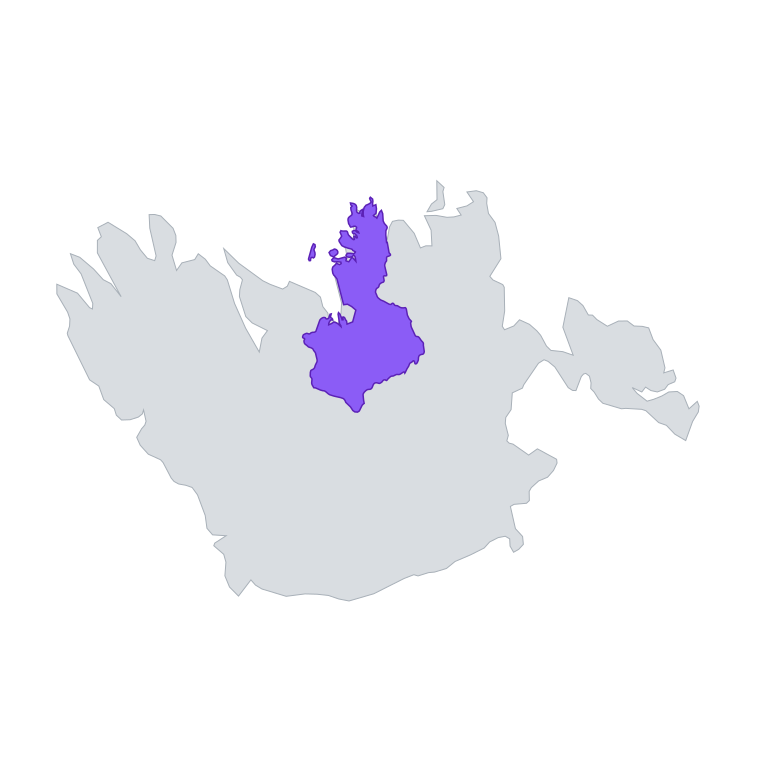 Ireland, with Galway highlighted, rotated 80°
{"feature_id": "IRL-713", "entity_name": "Galway", "entity_type": "County", "adm_level": 1, "iso_a3": "IRL", "parent_name": "Ireland", "parent_adm1": "", "projection": "albers", "projection_center": [-9.136, 53.343], "detail": "fine", "context": "in_parent", "style": "filled", "palette": "violet", "viewbox_px": 768, "rotation_deg": 80, "n_neighbors": 0, "source": "natural_earth", "source_scale": "10m", "svg_char_len": 9824}
<svg xmlns="http://www.w3.org/2000/svg" viewBox="0 0 768 768"><g transform="rotate(80 384 384)"><path d="M469.7,120.2L455.8,130.7L453.7,134.6L450.0,150.1L449.6,154.5L441.0,171.8L436.0,175.4L428.5,178.4L424.3,181.2L418.8,179.9L412.0,180.3L408.6,183.4L408.8,185.7L410.9,188.4L423.8,196.1L423.1,199.4L419.6,203.2L396.9,212.8L390.2,218.5L387.9,222.2L390.4,228.3L409.0,246.5L412.1,248.4L415.0,259.2L431.3,263.3L438.1,269.9L443.8,271.4L456.2,270.5L461.3,272.9L464.0,271.0L465.6,267.4L479.1,253.9L474.5,244.2L488.1,227.1L491.9,227.3L498.6,232.1L504.2,239.1L506.3,248.5L511.6,256.9L515.0,259.7L524.0,261.1L526.2,264.4L525.1,276.8L526.5,280.8L549.3,279.7L558.2,274.0L566.1,274.6L570.2,280.0L572.2,285.6L565.5,288.0L558.3,287.1L555.0,291.0L555.1,298.2L557.9,307.4L562.9,313.8L567.3,328.5L571.1,344.8L576.5,354.5L578.0,366.8L577.5,372.9L578.9,383.8L577.0,387.7L579.0,397.9L588.8,430.5L591.6,456.1L587.8,466.0L582.6,475.4L579.4,486.4L577.0,498.2L576.1,517.2L564.7,539.8L559.7,545.5L553.8,549.1L567.6,564.1L557.1,571.4L545.3,574.0L532.0,570.6L523.9,571.4L513.7,579.7L511.3,578.3L506.0,565.8L502.8,579.0L495.4,583.4L482.4,582.9L460.8,586.9L452.6,590.9L449.3,596.8L446.8,603.6L443.5,607.7L439.7,609.9L423.0,615.2L419.8,617.2L412.2,628.3L402.0,634.7L393.6,636.8L386.0,630.5L382.9,626.7L379.4,624.8L367.8,625.3L371.5,627.2L373.9,631.6L375.1,640.2L373.9,648.7L368.2,653.0L361.4,653.9L350.7,662.7L336.5,665.2L328.8,673.2L281.6,686.9L279.0,687.1L272.4,683.6L265.4,682.0L258.3,683.1L238.5,690.5L228.9,688.9L241.3,670.1L257.7,660.7L259.5,658.1L254.1,656.8L222.9,663.2L212.1,668.7L201.2,670.2L206.4,661.6L220.4,650.0L232.5,642.4L237.8,635.5L252.4,627.7L205.1,643.5L192.8,641.3L189.9,636.8L180.3,638.7L176.8,627.7L191.3,611.3L199.7,604.3L209.6,600.6L219.1,595.2L222.7,588.4L218.3,586.2L189.9,587.6L176.4,585.9L177.2,580.5L179.8,574.6L194.0,564.7L201.6,563.2L208.4,564.2L220.3,570.4L236.2,568.6L229.6,562.0L228.6,548.8L223.5,544.3L230.1,538.3L237.5,534.6L249.9,522.1L254.3,520.2L278.7,517.2L305.0,510.6L330.9,501.3L317.6,496.2L311.2,489.5L301.0,503.2L293.6,508.4L272.7,511.2L266.1,509.6L256.8,505.3L253.9,506.9L251.2,510.2L237.4,516.8L222.8,518.3L239.8,506.1L261.3,485.4L266.1,478.8L272.9,467.3L270.9,462.2L266.5,459.3L281.9,435.8L287.4,431.5L297.2,430.8L304.4,427.0L307.6,427.0L310.4,425.6L316.7,418.5L307.0,414.1L296.9,411.7L265.9,414.1L261.8,413.6L258.0,411.4L255.5,408.2L253.6,400.2L251.4,398.4L244.4,398.3L237.5,400.7L232.7,400.5L228.0,396.9L235.6,388.8L225.9,386.7L216.1,388.2L207.9,385.7L207.7,380.5L211.5,375.4L206.7,370.5L205.8,364.3L211.0,361.3L216.6,362.4L228.1,358.0L242.9,355.9L230.3,351.3L225.3,347.4L225.1,341.5L226.2,336.5L240.8,328.1L256.3,324.5L255.2,318.8L256.3,312.8L240.7,310.9L225.3,315.0L227.0,303.5L230.8,293.0L231.6,286.1L231.0,278.7L223.8,281.8L223.0,271.4L220.0,264.2L209.3,269.0L209.7,259.5L212.9,253.0L218.5,250.2L224.0,251.5L234.2,251.5L244.1,246.6L258.3,245.4L280.9,247.1L296.4,261.1L300.5,258.6L306.7,249.8L309.6,248.8L333.1,252.5L347.7,257.5L351.5,255.9L349.4,246.1L344.3,239.4L350.5,230.4L358.1,224.3L363.2,221.3L374.9,217.4L379.9,213.8L383.2,202.3L388.5,192.7L359.2,198.0L331.1,187.0L335.5,179.0L341.4,174.4L351.5,170.8L352.4,166.7L357.5,163.2L365.9,154.0L362.7,142.1L364.2,133.4L370.3,127.7L372.1,119.6L374.7,113.6L387.0,111.3L398.7,105.5L416.9,104.5L421.6,106.6L420.4,96.8L428.9,95.4L432.3,97.3L433.9,104.2L437.9,108.5L439.3,116.2L436.8,122.3L432.5,126.9L436.6,131.5L430.6,140.2L437.2,136.4L446.6,127.9L445.9,121.1L444.1,112.6L441.3,104.9L442.3,96.4L447.5,91.0L461.4,88.0L455.5,78.5L460.5,77.5L466.1,79.3L474.5,86.6L492.1,96.7L483.9,106.3L473.7,113.1L469.7,120.2ZM222.2,307.2L221.8,311.7L215.0,306.0L211.7,299.8L193.0,296.7L200.9,290.7L204.7,292.6L217.9,293.0L221.6,295.6L222.2,307.2Z" fill="#d9dde1" stroke="#a8b0b8" stroke-width="1"/><path d="M309.8,428.0L309.8,427.2L305.9,425.0L305.8,423.8L308.0,424.8L309.2,425.0L310.3,423.8L311.4,423.3L312.1,423.5L311.6,425.0L312.6,426.3L313.6,427.2L314.8,427.9L316.1,428.2L315.3,425.0L314.8,423.8L314.2,422.8L315.4,420.4L316.9,418.7L320.0,416.4L319.0,416.4L317.3,417.2L316.5,417.3L307.2,417.1L305.8,416.4L307.5,415.3L311.8,414.3L313.6,414.1L313.6,413.1L311.0,413.1L311.0,412.1L311.8,411.3L314.3,410.6L315.5,409.9L318.6,410.0L317.4,404.1L306.3,398.9L302.1,402.4L299.1,406.1L298.9,410.0L272.4,412.1L269.4,413.6L268.0,414.6L265.9,415.2L262.0,415.1L260.0,414.2L259.0,412.7L258.1,411.2L256.9,409.9L258.7,407.1L258.0,405.3L256.5,405.3L255.6,408.2L255.1,411.6L254.0,413.6L252.6,413.9L251.1,411.9L251.1,410.8L252.9,407.5L252.2,400.4L254.1,399.1L255.3,399.9L256.0,400.1L256.3,399.8L257.0,398.3L257.3,397.9L257.5,397.4L253.7,393.6L254.8,392.5L258.3,390.4L254.9,390.3L253.3,390.5L251.8,391.5L253.1,393.4L253.2,396.1L252.4,398.4L250.6,399.1L248.9,397.3L249.4,394.4L250.3,391.6L250.3,390.4L249.7,390.1L249.4,389.5L249.0,389.2L248.4,389.8L247.1,391.5L245.9,392.0L245.2,393.1L244.1,395.6L241.9,399.6L240.4,401.5L235.9,403.4L234.4,403.4L232.8,401.6L231.0,400.0L226.9,400.9L225.5,399.8L225.9,399.2L226.4,397.2L226.6,395.5L226.9,394.3L227.6,393.7L228.4,393.5L229.7,393.4L231.2,393.0L235.1,390.4L236.5,389.1L236.5,388.1L233.3,388.1L233.3,386.9L235.3,386.0L235.3,384.9L233.9,384.9L232.8,385.3L230.7,386.9L230.8,388.0L229.5,388.8L228.1,388.7L227.6,386.9L228.1,385.5L229.9,384.2L230.8,382.6L229.6,382.8L228.8,383.6L228.2,384.4L227.3,384.8L226.4,384.5L225.6,383.9L224.8,383.8L223.7,384.8L223.4,386.3L223.7,388.1L223.7,389.6L222.7,390.1L221.6,390.3L220.0,391.0L216.3,391.0L215.1,390.7L214.0,390.0L213.1,388.7L212.5,387.3L211.8,386.2L210.5,385.7L206.8,386.3L204.5,386.1L203.2,384.5L202.4,385.2L201.7,385.6L199.9,385.6L200.8,383.0L201.8,381.4L203.2,380.4L205.2,380.2L208.7,381.0L210.2,380.8L211.6,379.3L211.6,378.1L210.5,378.0L209.6,377.4L208.9,376.3L208.4,374.9L210.5,375.3L212.8,376.3L214.6,376.7L215.5,375.0L213.6,375.1L210.1,374.4L206.6,372.8L204.7,370.5L204.6,369.5L204.1,367.7L203.3,365.8L202.5,365.0L199.7,365.8L198.6,365.9L197.7,365.0L199.9,363.1L202.1,363.2L204.3,363.9L206.7,364.1L206.5,363.4L206.2,361.6L206.0,360.9L210.2,361.0L214.3,362.2L214.9,362.8L216.2,365.2L217.1,364.8L218.4,362.9L219.4,362.2L213.8,358.3L212.5,356.4L216.0,355.7L223.3,356.5L225.9,355.8L229.2,353.8L230.4,353.7L231.4,354.1L233.3,355.5L237.8,356.4L245.1,356.9L245.1,356.2L255.3,356.2L256.1,356.0L256.9,355.4L257.5,355.2L258.1,355.2L258.6,355.9L258.8,356.6L259.1,358.6L259.3,359.0L259.7,359.4L260.2,359.6L262.8,360.0L263.2,360.1L263.7,360.6L264.7,361.6L266.7,362.6L267.8,362.8L276.7,362.3L277.7,362.6L277.8,363.1L277.8,363.7L277.5,364.8L277.6,365.3L277.8,365.7L278.6,365.9L282.1,365.9L283.0,366.3L283.5,366.8L283.8,368.5L284.0,369.2L284.4,370.1L285.0,371.0L285.8,371.6L287.2,372.2L287.6,372.6L288.0,373.2L288.6,374.6L289.3,375.3L290.2,375.8L291.9,376.4L292.5,376.4L295.5,375.7L296.3,375.6L297.0,375.4L297.9,375.0L300.1,373.2L300.9,372.3L302.4,369.9L306.2,365.2L306.7,364.1L306.8,363.2L306.2,362.3L306.0,361.9L306.0,361.3L306.3,360.8L306.9,360.4L307.9,360.0L308.5,359.5L308.9,358.6L309.0,357.8L309.3,357.1L311.1,355.1L311.6,354.3L312.0,353.5L312.4,351.8L312.5,349.8L313.1,349.3L314.1,349.0L320.3,349.0L324.2,347.9L327.0,346.1L328.5,347.2L332.0,347.3L334.1,346.9L334.6,346.7L341.9,344.8L342.6,344.1L342.9,343.6L343.2,342.4L343.7,341.8L344.5,341.2L347.6,339.8L349.8,338.4L350.6,338.2L351.3,338.2L352.5,338.5L358.8,338.7L359.3,338.8L360.0,339.1L360.8,339.6L361.2,340.1L361.4,340.7L361.4,342.2L361.6,343.2L362.0,344.2L362.8,344.9L363.8,345.4L366.3,346.0L367.0,346.4L368.7,347.5L369.2,348.0L369.5,348.4L369.7,348.9L369.7,349.4L369.5,349.8L369.0,350.0L367.1,350.2L366.6,350.4L366.3,350.7L366.3,351.3L367.2,352.7L367.5,353.3L367.6,353.9L367.9,354.6L368.5,355.3L370.7,356.6L373.0,358.7L376.4,361.1L376.9,361.6L376.1,361.7L375.7,362.0L375.6,362.5L375.7,363.0L377.0,366.0L377.3,367.2L377.3,367.7L376.9,369.3L376.8,369.9L376.9,370.6L377.4,372.3L377.7,373.3L377.7,373.9L377.6,375.1L377.6,375.7L378.2,376.9L379.6,379.1L380.6,380.2L380.9,380.6L381.0,381.0L380.8,381.4L380.1,382.1L380.0,382.6L380.0,383.4L380.3,384.2L381.8,385.9L382.1,386.6L382.5,387.6L382.6,388.1L382.6,388.6L381.9,390.1L381.5,391.1L381.4,391.8L381.4,392.6L381.8,393.6L382.4,394.3L383.3,395.0L385.0,396.0L385.9,396.7L386.4,397.3L386.7,398.2L386.8,398.7L386.6,400.9L386.8,401.8L387.3,402.9L388.5,404.7L389.3,405.5L390.0,406.1L391.0,406.5L396.4,406.9L399.7,406.9L399.9,407.5L401.1,409.2L406.3,413.0L407.1,414.9L406.4,417.6L404.7,419.3L400.7,421.0L395.5,424.8L393.3,425.3L391.4,426.4L389.9,429.0L387.3,435.2L385.8,438.1L385.1,439.4L384.1,440.5L381.6,442.6L380.7,443.5L380.3,444.2L380.0,445.4L378.9,447.7L375.9,452.2L375.5,453.8L372.1,455.0L370.5,455.1L366.8,454.1L365.9,454.2L365.0,454.6L364.0,455.2L363.0,455.2L359.7,454.5L358.0,453.7L357.6,452.8L357.3,451.7L356.8,450.5L355.8,449.5L353.6,448.4L350.4,446.1L349.4,445.8L348.3,445.7L341.6,446.1L340.5,446.5L338.9,447.4L337.3,447.9L336.8,448.2L336.1,449.0L335.5,449.9L335.0,450.9L334.5,451.8L334.1,452.2L332.5,453.4L331.2,454.7L330.0,455.3L329.1,455.4L328.0,455.4L327.3,455.2L326.6,454.8L326.0,454.3L325.5,454.4L325.1,454.8L324.8,455.4L324.2,456.0L323.7,456.0L323.2,455.9L321.8,455.1L321.5,454.7L321.1,453.6L320.7,451.9L320.7,451.1L320.9,450.7L321.6,449.4L321.7,448.9L321.7,448.4L321.5,447.9L320.9,447.0L320.8,446.4L320.7,445.8L320.7,445.2L320.9,444.0L320.9,443.4L320.7,442.8L320.5,442.3L320.2,441.9L309.9,436.1L309.3,435.4L309.0,435.0L308.5,434.1L308.1,433.0L308.0,432.4L308.0,431.8L308.1,431.2L308.3,430.7L308.5,430.3L309.6,429.8L309.9,429.5L310.0,429.1L310.0,428.2L309.8,428.0ZM249.0,434.9L249.3,434.8L249.7,435.0L249.6,436.2L247.9,436.7L236.8,431.4L233.7,429.2L234.7,427.8L236.9,427.8L239.3,429.6L240.4,429.6L242.7,429.2L244.5,429.4L246.9,430.4L247.6,431.6L246.8,432.7L246.8,433.8L249.0,434.9ZM247.9,407.6L250.1,411.5L248.2,414.4L245.0,415.3L243.4,413.4L243.1,411.1L242.6,410.0L242.5,409.1L243.4,407.6L244.5,406.8L245.8,406.5L247.1,406.8L247.9,407.6Z" fill="#8b5cf6" stroke="#5b21b6" stroke-width="1.5"/></g></svg>